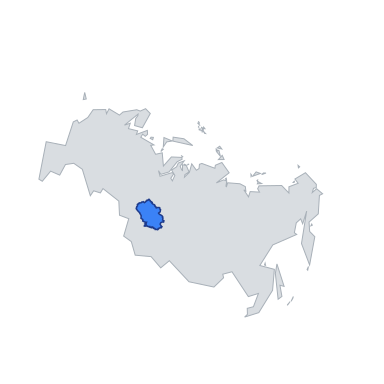 Russia, with Tomsk highlighted, rotated 40°
{"feature_id": "RUS-2167", "entity_name": "Tomsk", "entity_type": "Region", "adm_level": 1, "iso_a3": "RUS", "parent_name": "Russia", "parent_adm1": "", "projection": "orthographic", "projection_center": [83.174, 58.364], "detail": "fine", "context": "in_parent", "style": "filled", "palette": "blue", "viewbox_px": 384, "rotation_deg": 40, "n_neighbors": 0, "source": "natural_earth", "source_scale": "10m", "svg_char_len": 7275}
<svg xmlns="http://www.w3.org/2000/svg" viewBox="0 0 384 384"><g transform="rotate(40 192 192)"><path d="M320.7,241.5L312.7,254.0L313.1,250.1L309.1,245.6L312.8,240.4L308.1,227.0L302.4,235.9L273.9,227.4L268.4,235.2L271.3,237.4L269.9,250.7L247.4,262.7L218.8,259.2L216.8,270.2L202.2,267.8L189.1,276.9L177.4,269.0L168.0,269.7L160.7,253.1L151.4,256.4L141.8,246.0L121.6,246.6L122.4,251.6L115.9,254.3L116.5,260.2L93.4,245.1L83.0,246.0L77.4,252.3L79.8,264.1L70.3,266.9L70.4,280.0L66.5,280.6L48.0,247.2L65.3,237.7L56.0,214.6L57.7,210.7L61.2,212.0L64.3,201.9L63.4,192.5L72.9,184.3L76.2,187.0L75.0,181.6L87.0,179.7L87.7,175.1L96.8,164.5L100.3,163.3L102.9,158.0L109.6,158.7L112.7,174.7L105.3,178.0L101.6,171.8L101.5,168.4L100.6,167.0L97.3,184.2L100.5,179.0L102.6,184.3L111.1,180.1L112.4,183.7L118.2,173.5L120.9,176.4L120.4,179.4L117.0,179.4L117.6,183.0L132.6,180.4L130.4,182.8L139.9,186.5L144.0,181.1L153.4,190.5L153.7,178.4L161.9,172.1L163.4,173.3L161.2,178.3L161.5,191.4L156.8,198.5L152.6,197.2L157.4,200.5L164.2,190.1L166.3,189.8L166.9,195.1L169.8,196.1L168.2,190.3L162.3,188.3L164.0,182.6L162.9,178.6L166.0,173.2L166.4,179.9L169.9,181.7L170.9,181.6L167.2,177.2L170.7,175.4L176.8,178.5L175.4,183.3L176.7,185.5L177.4,178.7L173.7,170.6L181.4,172.5L182.3,169.5L179.9,166.0L181.2,163.8L194.3,159.1L192.7,156.5L195.9,150.2L208.1,153.4L204.8,169.4L208.5,162.3L211.6,161.3L214.0,165.3L214.6,165.9L215.0,165.8L213.4,162.0L223.4,154.9L229.4,153.6L232.7,156.7L230.3,157.0L238.4,159.4L236.3,154.3L243.8,148.7L240.2,147.3L239.4,144.2L256.5,129.4L266.9,130.5L262.9,125.7L267.7,117.1L262.5,115.9L266.5,104.3L282.3,106.2L284.4,108.8L282.7,111.1L284.5,115.1L285.4,109.4L293.2,109.4L291.8,112.7L302.8,127.6L301.0,139.8L307.5,146.6L314.8,147.3L329.0,172.3L309.0,161.1L292.1,132.9L297.2,145.2L292.5,142.7L291.7,148.6L296.6,157.4L299.5,157.2L287.9,180.6L291.2,204.7L304.8,198.3L316.9,215.5L320.7,241.5ZM162.7,155.9L144.6,165.3L142.3,162.1L151.6,156.4L162.7,155.9ZM303.3,192.5L323.2,205.1L319.3,206.9L328.0,214.2L326.9,218.8L308.2,200.8L303.3,192.5ZM135.5,168.3L144.1,165.6L140.4,169.9L141.0,175.9L135.5,168.3ZM228.3,141.0L228.2,135.4L232.5,133.8L228.3,141.0ZM185.7,142.7L190.8,146.4L184.8,145.3L185.7,142.7ZM183.8,139.1L187.2,139.9L183.0,142.0L183.8,139.1ZM191.6,144.5L195.7,146.5L191.4,150.2L191.6,144.5ZM234.2,133.9L234.5,131.5L236.5,129.9L234.2,133.9ZM45.8,184.7L51.2,188.7L49.3,191.1L45.8,184.7ZM153.6,135.7L155.6,135.9L151.6,135.5L153.6,135.7ZM236.2,141.5L239.9,140.8L236.8,143.8L236.2,141.5ZM128.3,177.2L125.5,177.8L125.4,176.3L127.3,175.0L128.3,177.2ZM157.3,136.2L159.2,136.2L159.6,137.3L157.3,136.2ZM162.5,138.2L161.1,139.5L160.2,138.5L160.9,137.6L162.5,138.2ZM164.0,139.0L162.7,138.3L164.8,138.5L164.0,139.0ZM142.5,177.7L142.1,181.0L141.4,178.1L142.5,177.7ZM185.0,143.6L183.9,144.7L182.9,143.6L185.0,143.6ZM159.2,134.8L161.2,135.2L160.0,136.0L159.2,134.8ZM258.3,103.5L258.0,105.1L256.1,103.4L258.3,103.5ZM152.9,134.1L153.7,135.1L151.4,133.8L152.9,134.1ZM162.3,171.1L160.1,171.0L162.3,170.9L162.3,171.1ZM209.3,159.4L211.0,160.8L209.1,160.4L209.3,159.4ZM263.4,117.5L264.1,119.1L263.3,119.7L263.4,117.5ZM159.1,139.2L158.5,138.3L159.8,139.4L159.1,139.2ZM160.4,136.2L160.4,137.5L159.7,136.3L160.4,136.2ZM336.8,206.9L337.6,208.7L338.2,212.1L336.8,206.9ZM157.6,138.5L157.7,139.8L156.9,139.3L157.6,138.5ZM170.5,175.0L168.8,175.8L168.5,175.6L170.5,175.0ZM305.5,140.1L304.8,141.5L304.3,139.6L305.5,140.1ZM234.6,140.6L235.5,141.9L234.4,141.5L234.6,140.6ZM293.7,199.5L295.5,200.9L294.4,201.3L293.7,199.5ZM329.1,174.2L330.9,177.5L330.0,177.4L329.1,174.2ZM156.0,138.1L155.1,138.1L155.0,137.6L156.0,138.1ZM171.8,172.5L171.3,173.9L171.0,173.5L171.8,172.5ZM226.9,140.8L227.1,142.0L225.7,140.5L226.9,140.8ZM337.6,217.0L337.6,212.8L337.9,217.5L337.6,217.0Z" fill="#d9dde1" stroke="#a8b0b8" stroke-width="1"/><path d="M177.6,224.9L177.8,225.2L178.4,225.7L178.5,225.8L179.2,225.7L179.3,225.8L179.4,226.0L180.2,227.4L180.3,227.6L180.4,227.8L180.3,228.1L180.2,228.4L180.1,228.6L180.0,229.2L180.0,229.3L179.9,229.5L180.1,229.7L180.2,229.9L182.0,229.9L183.0,229.6L184.5,229.5L185.5,229.8L185.7,230.5L185.8,230.6L186.5,230.6L186.6,230.8L187.4,232.3L187.5,232.3L189.0,232.1L189.1,232.4L189.1,232.5L189.6,233.2L189.6,233.3L188.7,233.8L187.8,235.6L188.1,236.7L188.1,236.8L188.2,237.0L188.4,237.3L189.7,237.6L189.8,237.6L190.1,237.9L191.2,237.9L191.3,237.9L191.3,238.0L191.3,238.5L191.5,239.1L191.4,239.3L191.2,239.4L190.9,239.4L190.9,239.5L190.8,239.8L190.7,239.9L190.5,240.0L190.3,240.2L190.2,240.7L190.1,241.1L189.9,241.2L189.6,241.6L189.7,241.8L189.9,241.8L190.0,241.8L190.1,241.7L190.1,241.8L190.0,242.6L190.0,242.9L189.8,243.1L189.7,243.1L189.5,242.9L189.4,243.0L188.9,243.5L188.6,243.7L188.4,243.9L188.0,244.3L187.6,243.9L187.4,243.9L187.1,244.1L186.9,243.9L186.7,243.9L186.5,244.0L186.5,244.4L186.2,244.5L186.1,244.3L185.8,244.4L185.8,244.2L185.7,244.1L185.4,244.1L185.2,244.2L185.1,244.3L184.9,244.4L184.7,244.5L184.7,244.4L184.5,244.1L184.2,244.2L184.2,244.5L184.0,244.8L183.9,244.8L183.7,244.8L183.6,245.0L183.4,245.0L183.2,245.2L183.3,245.3L182.8,245.5L182.7,245.7L183.0,245.8L182.3,246.1L182.1,246.0L182.0,245.9L181.7,246.0L181.6,246.3L181.4,246.4L181.2,246.3L181.2,246.2L181.1,246.3L180.0,246.8L179.9,246.9L179.8,247.1L179.7,247.1L179.6,246.9L179.4,246.8L179.2,246.9L178.9,247.0L178.7,247.2L178.7,247.3L178.6,247.5L178.4,247.6L178.2,247.9L178.2,248.0L178.1,248.3L177.9,248.4L177.7,248.4L177.5,248.5L177.5,248.4L177.5,248.2L177.3,248.3L177.2,248.4L177.2,248.5L177.2,248.4L177.0,248.2L177.2,247.7L177.3,247.8L177.3,247.6L177.5,247.5L177.4,247.5L177.3,247.3L177.3,247.2L177.2,247.1L177.0,246.9L177.2,246.7L176.7,246.5L176.8,246.4L176.8,246.2L177.0,246.2L176.9,246.0L176.7,246.1L176.8,245.8L176.9,245.6L177.0,245.6L176.9,245.5L176.8,245.4L177.0,245.2L176.7,244.6L176.6,244.8L176.4,244.8L176.2,244.7L176.0,244.8L176.0,245.0L175.9,245.3L175.7,245.2L175.4,245.3L175.2,245.3L174.9,245.5L174.7,245.5L174.4,245.6L174.1,245.5L173.9,245.6L172.9,245.9L172.6,245.4L172.1,244.8L172.0,244.7L171.9,244.7L170.3,244.9L169.9,245.0L169.8,244.9L168.3,242.8L165.6,241.8L165.6,241.6L162.0,241.2L161.9,241.1L160.1,240.7L160.1,240.4L159.9,240.1L159.6,240.0L159.4,239.1L159.3,238.9L159.1,238.8L159.1,238.7L159.2,237.7L158.2,236.7L158.5,236.3L158.5,236.2L158.3,235.7L158.8,235.2L158.5,234.6L158.6,234.2L159.2,233.8L159.9,233.0L160.0,232.9L160.0,232.7L160.0,232.0L160.0,231.9L160.3,231.8L160.4,231.7L160.5,231.6L160.6,231.3L160.7,231.1L160.8,231.2L161.3,230.7L161.9,230.8L162.4,230.7L162.4,230.3L162.5,230.2L162.7,229.9L162.7,229.1L162.8,228.5L162.7,228.4L162.9,228.1L163.1,227.7L163.1,227.4L162.9,227.3L163.0,227.2L163.1,226.9L163.2,226.7L163.3,226.7L163.6,226.6L163.7,226.4L163.7,226.1L163.6,225.8L163.6,225.7L163.8,225.7L163.9,225.3L163.9,225.2L164.0,225.2L164.2,225.3L164.4,225.3L164.5,225.4L164.9,225.4L165.2,225.4L165.3,225.4L165.4,225.6L165.5,225.7L165.6,225.8L166.0,225.6L166.8,225.7L167.3,225.5L167.5,225.7L167.5,225.8L167.7,225.7L167.9,225.6L168.0,225.6L168.3,225.6L168.5,225.7L168.6,225.8L168.5,226.1L168.7,226.4L169.0,226.3L169.7,226.3L170.4,226.4L170.5,226.4L171.0,226.0L171.4,226.0L171.6,225.9L172.3,226.1L172.3,226.4L172.4,226.6L172.5,226.6L173.3,226.8L173.4,226.7L174.0,226.6L174.6,227.1L174.8,227.2L175.1,226.9L175.2,226.7L175.2,226.4L176.8,225.0L177.6,224.9Z" fill="#3b82f6" stroke="#1e3a8a" stroke-width="1.5"/></g></svg>